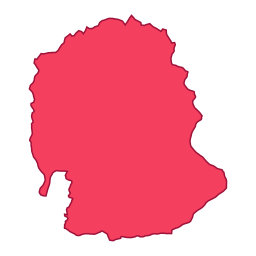 outline of Buret, Rift Valley, Kenya
{"feature_id": "3690345B45419695798591", "entity_name": "Buret", "entity_type": "district", "adm_level": 2, "iso_a3": "KEN", "parent_name": "Kenya", "parent_adm1": "Rift Valley", "projection": "orthographic", "projection_center": [35.137, -0.558], "detail": "fine", "context": "isolated", "style": "filled", "palette": "rose", "viewbox_px": 256, "rotation_deg": 0, "n_neighbors": 0, "source": "geoboundaries", "source_scale": "gbopen_adm2", "svg_char_len": 5777}
<svg xmlns="http://www.w3.org/2000/svg" viewBox="0 0 256 256"><path d="M70.1,33.9L68.1,35.6L65.2,37.8L64.6,40.0L64.1,42.7L61.6,44.9L59.7,47.8L57.8,50.9L55.4,52.5L52.3,52.5L48.3,52.8L43.7,53.9L41.1,53.6L39.0,56.5L36.8,59.3L35.0,58.9L34.5,60.7L34.3,62.1L34.1,63.0L35.6,65.0L36.7,67.0L38.8,70.1L38.7,71.1L37.7,73.3L35.6,75.4L34.9,76.4L34.4,78.2L34.3,80.2L32.9,83.0L31.3,84.4L30.4,85.4L29.4,89.0L32.2,91.9L33.2,94.2L33.4,95.1L33.6,96.3L34.5,99.3L33.8,102.1L31.0,103.6L31.0,105.6L32.2,107.6L33.0,108.6L33.5,109.4L34.2,111.5L32.3,112.9L31.6,115.9L31.7,116.7L32.0,118.3L32.3,119.3L32.8,120.4L33.1,122.0L31.5,123.9L31.7,125.5L31.6,127.8L32.0,130.2L32.1,131.7L32.4,133.3L31.7,135.4L30.2,138.3L29.7,140.3L31.2,142.8L31.1,145.5L31.6,148.1L31.7,150.5L32.0,151.9L33.0,155.0L33.6,157.1L35.7,159.7L36.3,160.7L37.5,163.3L38.1,165.9L38.7,167.9L40.2,170.1L41.8,172.1L43.0,173.2L44.3,174.7L45.1,178.8L45.2,180.4L44.3,182.6L43.9,183.5L43.2,184.9L42.7,185.6L42.0,186.4L40.3,188.2L39.4,191.2L39.3,192.5L40.7,194.8L43.0,195.7L44.8,195.9L46.0,195.9L47.4,190.4L47.6,189.6L48.0,188.5L49.2,185.0L49.6,183.7L49.7,182.8L49.9,180.7L50.0,179.6L50.4,177.2L50.9,176.2L51.5,175.3L52.1,174.3L52.5,173.3L53.3,172.3L54.7,171.5L55.9,170.7L57.3,170.7L58.8,170.9L59.9,171.0L64.7,171.1L67.4,171.4L66.3,173.3L65.3,175.6L65.8,176.6L65.9,177.8L66.3,178.8L67.3,179.3L68.3,179.8L69.3,180.3L70.4,180.4L71.6,181.0L71.9,182.1L71.6,183.4L70.8,184.5L70.4,185.7L70.0,187.0L69.2,188.5L68.9,189.8L69.3,191.2L70.3,193.3L69.4,194.4L68.4,196.0L69.0,197.1L69.8,197.6L70.8,197.7L71.9,198.1L72.8,198.9L71.9,200.1L71.7,201.2L71.3,202.6L70.6,203.5L70.1,204.7L68.7,207.3L67.1,207.9L66.8,209.0L66.5,209.9L67.0,212.2L67.1,213.4L67.3,214.7L65.9,214.5L64.6,214.2L64.7,215.9L66.0,216.6L67.5,217.3L67.8,218.6L67.1,220.0L66.7,220.7L65.6,221.0L65.3,221.8L65.6,222.8L65.1,223.8L64.5,225.0L65.0,226.2L64.4,227.1L64.6,228.3L65.9,228.5L67.2,229.5L68.3,230.2L69.1,230.9L70.3,231.8L71.5,232.4L72.6,232.9L73.6,233.4L74.5,233.7L75.1,234.3L76.0,235.0L77.2,235.4L78.4,235.6L79.8,235.4L81.2,234.8L82.0,234.4L83.0,234.1L84.3,233.9L85.8,233.7L87.2,233.7L88.3,233.7L89.1,233.9L91.2,234.0L92.1,234.0L93.1,234.1L94.1,234.2L94.9,234.1L96.1,233.7L97.1,233.3L98.0,232.8L99.1,232.4L100.5,231.9L101.5,231.0L102.4,231.2L103.4,231.7L104.2,232.2L105.3,232.8L107.6,234.3L107.7,235.5L108.3,236.9L109.0,238.3L109.3,239.4L109.8,240.2L112.3,240.6L113.6,240.6L114.7,239.9L115.7,239.5L116.5,239.2L118.3,238.9L119.3,238.6L120.6,238.3L120.8,237.0L121.7,236.6L122.8,236.7L123.7,236.8L124.7,237.1L125.8,237.2L127.0,237.5L128.1,237.4L129.2,237.6L130.6,237.6L132.0,237.5L133.4,237.1L134.8,236.9L135.8,236.4L136.6,236.0L137.4,235.7L138.6,236.1L139.9,236.7L141.2,236.8L142.8,236.8L143.7,236.6L144.6,236.2L145.5,235.8L146.5,235.7L147.5,235.6L148.4,235.5L149.4,235.3L150.3,235.0L151.1,234.6L152.2,234.2L153.4,233.8L154.7,233.8L155.8,233.9L156.9,234.0L157.9,233.9L159.0,233.7L160.3,233.3L161.2,233.2L162.2,233.2L163.1,233.3L164.0,233.3L165.0,233.1L166.0,233.6L167.3,233.6L168.3,233.5L169.4,233.5L170.5,233.6L171.6,233.6L171.7,231.9L171.8,230.5L172.6,229.6L173.5,229.2L175.8,228.2L176.8,227.9L177.9,227.6L179.0,227.0L179.9,226.5L180.8,225.9L181.8,225.1L183.1,224.3L185.7,223.4L187.1,223.0L188.4,222.6L189.4,222.2L190.6,221.1L191.3,219.8L192.4,217.5L192.7,216.5L193.0,215.0L193.7,213.6L194.8,212.6L196.2,211.5L197.1,210.7L198.4,209.9L199.9,209.0L200.7,208.5L202.1,207.5L202.9,206.8L203.8,205.9L204.9,204.6L205.4,203.8L206.2,202.6L207.0,201.9L208.1,201.0L209.1,200.4L210.3,199.8L213.0,198.5L215.6,197.0L216.5,196.3L217.5,195.3L218.3,194.6L219.1,194.0L220.2,193.3L222.8,191.6L223.8,190.8L224.6,189.9L225.7,188.9L226.4,187.9L226.5,186.7L226.4,185.6L226.5,184.6L226.5,183.4L226.6,182.0L226.5,180.7L226.2,179.6L225.9,178.7L225.4,177.8L224.8,176.9L224.4,175.2L224.3,174.3L224.0,173.3L223.9,172.3L223.1,171.7L222.6,170.9L222.4,170.1L221.5,169.6L220.3,169.4L218.9,169.0L217.7,168.7L216.7,168.1L215.8,167.5L214.2,166.3L213.0,165.7L211.9,165.3L210.3,164.7L209.4,164.3L208.6,163.5L207.3,162.3L205.6,160.6L202.7,157.1L201.8,156.5L200.1,155.4L199.4,154.8L198.6,154.2L196.2,152.5L195.4,151.6L193.8,149.9L191.5,147.0L190.6,145.6L190.3,143.4L190.1,142.1L190.0,141.0L190.2,139.3L190.5,138.0L190.9,136.6L191.3,135.0L191.4,134.0L191.8,133.0L192.3,131.7L192.7,130.8L193.4,129.7L194.1,128.6L194.6,127.8L195.4,126.3L195.6,124.9L196.0,123.8L196.7,122.7L197.8,121.6L198.9,120.9L199.7,120.5L200.4,120.0L201.2,119.5L201.6,118.4L201.5,117.0L202.1,115.9L201.4,115.0L200.8,114.1L199.5,112.4L196.8,109.7L196.0,108.9L195.2,108.4L194.6,107.5L193.9,106.2L193.3,104.8L192.9,103.7L192.7,102.8L192.8,100.7L194.6,98.5L195.5,97.3L195.5,96.3L195.1,95.4L194.6,94.7L194.1,91.7L192.8,91.1L191.3,90.7L190.1,90.4L189.1,89.8L188.0,89.3L187.1,88.5L186.7,87.8L185.2,86.0L184.3,84.5L184.0,83.6L184.0,82.7L184.3,81.6L184.5,80.7L184.8,79.6L185.5,78.7L186.1,78.0L186.8,77.0L187.2,75.9L187.2,74.8L187.4,73.7L187.7,72.8L187.9,71.9L187.2,71.4L186.0,71.1L185.0,70.4L184.1,69.2L183.0,68.0L182.2,67.6L181.0,67.2L179.9,67.1L178.7,66.6L177.3,66.3L176.4,65.6L175.3,65.2L174.1,65.1L172.9,64.8L172.2,64.3L171.7,63.5L171.3,62.3L171.2,61.1L170.9,58.5L171.2,57.3L171.7,55.2L172.1,54.0L173.3,52.5L173.9,51.6L174.2,50.7L174.0,49.4L174.1,48.1L174.4,47.1L174.9,45.8L175.3,44.7L174.6,42.6L171.6,42.9L170.7,40.8L169.0,38.3L167.6,36.0L166.8,34.9L166.3,32.3L166.3,30.1L162.7,29.0L161.0,31.3L158.5,29.8L155.8,28.1L153.1,26.8L149.8,23.7L146.6,24.5L144.4,25.4L141.3,25.1L140.8,22.5L138.5,21.3L135.1,19.6L133.7,17.8L131.5,15.4L129.3,18.5L127.4,21.7L125.2,24.9L122.5,21.1L118.5,19.5L114.9,18.9L112.2,18.4L109.0,18.4L107.9,18.7L105.2,19.8L103.6,20.3L102.3,20.6L99.7,22.5L99.3,23.5L98.3,25.7L94.9,26.8L92.1,28.6L89.0,28.5L86.9,27.0L85.3,30.9L83.3,33.7L81.6,31.6L78.7,30.7L75.9,33.2L74.0,35.8L71.9,36.0L70.1,33.9Z" fill="#f43f5e" stroke="#9f1239" stroke-width="1.5"/></svg>